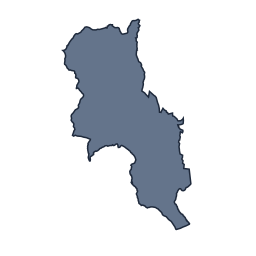 Distracción, La Guajira, Colombia (Natural Earth projection), rotated 353°
{"feature_id": "7082276B35872323079688", "entity_name": "Distracción", "entity_type": "district", "adm_level": 2, "iso_a3": "COL", "parent_name": "Colombia", "parent_adm1": "La Guajira", "projection": "natural_earth1", "projection_center": [-72.95, 10.911], "detail": "fine", "context": "isolated", "style": "filled", "palette": "slate", "viewbox_px": 256, "rotation_deg": 353, "n_neighbors": 0, "source": "geoboundaries", "source_scale": "gbopen_adm2", "svg_char_len": 5834}
<svg xmlns="http://www.w3.org/2000/svg" viewBox="0 0 256 256"><g transform="rotate(353 128 128)"><path d="M151.4,21.4L150.6,21.5L149.5,22.1L147.5,22.3L147.1,22.1L145.8,22.1L145.1,22.4L143.2,24.8L142.9,25.9L141.8,26.8L139.8,29.5L139.5,30.7L139.6,32.5L139.3,33.2L138.5,33.8L134.5,34.2L133.8,34.1L132.9,33.4L132.5,32.2L131.8,30.9L131.8,30.1L131.4,29.0L131.4,28.1L130.8,27.4L130.0,27.0L128.4,27.0L127.0,26.7L125.3,25.0L124.9,24.8L125.1,23.6L124.0,23.5L123.0,23.1L121.6,23.4L120.9,24.3L120.2,24.3L119.8,24.5L119.7,25.4L119.3,26.2L118.1,25.5L117.3,25.9L111.8,26.7L109.8,26.3L108.5,26.7L107.8,26.7L105.1,26.3L103.8,25.5L102.1,23.8L100.4,23.0L99.3,22.6L97.6,22.7L95.6,24.7L93.8,26.0L92.8,27.2L89.5,28.5L88.3,28.1L87.4,28.3L85.8,29.8L84.4,32.0L83.0,33.0L80.2,36.0L79.2,37.6L78.7,37.9L78.4,38.8L77.5,38.9L77.0,40.6L76.5,41.5L75.5,42.5L74.0,43.1L72.8,43.1L73.5,43.9L74.3,45.4L74.7,46.8L74.9,48.5L74.6,50.2L73.8,51.4L73.6,53.6L72.9,56.1L72.9,57.1L73.9,58.0L74.6,59.7L74.9,61.0L75.9,62.2L76.4,63.2L76.6,63.4L77.7,63.3L78.8,64.0L80.9,64.6L81.4,64.7L81.8,65.4L82.0,65.8L81.8,67.1L82.6,67.9L82.7,69.7L82.2,70.9L82.2,71.7L82.5,72.0L84.1,72.7L84.8,74.1L85.0,75.4L84.8,76.4L84.1,77.1L83.6,78.0L82.5,79.3L82.1,81.1L81.7,81.9L81.6,82.5L82.0,82.6L82.8,82.2L83.5,82.5L84.0,83.3L84.5,84.5L85.9,86.3L86.6,87.7L87.8,89.0L87.9,90.0L87.8,90.8L87.5,91.2L86.9,92.0L84.8,93.5L84.0,94.6L83.0,97.3L81.5,99.3L81.4,99.9L81.6,100.9L81.3,101.9L80.1,102.7L77.9,103.6L75.5,106.3L73.7,107.8L73.2,108.7L73.0,109.4L73.2,111.5L72.5,113.4L73.5,115.4L73.9,115.6L74.7,117.2L74.6,118.1L74.0,119.8L74.1,120.2L75.0,121.4L74.9,122.2L75.1,123.0L73.9,124.4L73.3,125.9L72.0,128.5L73.0,129.4L74.9,128.8L76.7,129.8L80.5,130.6L82.9,131.7L85.5,132.5L89.3,134.6L88.8,135.8L87.9,136.6L86.4,138.5L86.5,139.7L86.1,139.9L85.6,141.7L85.6,143.0L85.3,143.6L85.5,144.2L85.4,145.7L85.6,147.1L85.5,147.9L86.0,148.5L85.5,151.0L85.0,152.0L85.0,153.1L85.6,155.5L85.8,156.0L86.2,156.2L86.5,155.9L86.8,154.8L86.8,152.6L87.2,152.0L87.9,151.5L88.7,151.3L89.3,150.7L90.6,150.2L90.8,149.2L90.6,148.6L91.0,148.0L92.9,147.0L93.7,147.2L95.0,146.9L96.7,145.8L97.5,145.0L99.2,144.6L99.8,144.1L101.7,143.7L103.1,142.9L104.7,142.9L105.1,143.0L105.7,143.6L107.7,143.2L110.0,143.4L110.7,142.8L111.7,143.7L112.6,143.5L114.0,142.6L115.2,142.4L115.9,143.7L115.8,144.9L116.0,146.1L116.7,146.2L117.5,146.1L118.8,144.8L119.4,144.5L119.9,144.6L122.4,146.4L123.9,148.0L124.6,148.5L124.8,148.9L125.8,149.6L126.2,150.3L127.4,151.4L127.7,152.5L128.0,152.9L128.6,153.1L129.0,154.2L129.8,154.9L130.7,156.2L131.5,158.1L131.9,160.6L130.3,163.6L127.0,164.5L126.3,165.4L126.8,166.0L127.0,167.0L126.6,167.7L126.1,169.6L125.2,170.2L124.5,171.3L124.5,173.9L124.9,174.4L125.0,175.1L125.6,175.4L125.6,176.0L125.9,177.6L125.8,179.1L125.2,180.1L125.3,181.2L124.5,182.3L124.7,182.6L124.9,183.4L125.4,183.2L125.3,182.7L125.6,182.6L125.7,183.2L125.5,184.2L125.9,185.0L126.9,186.0L127.1,186.5L127.3,186.5L127.9,187.1L128.3,187.5L128.4,188.2L128.9,188.6L129.1,189.0L129.5,189.5L129.3,190.6L129.5,191.2L129.8,191.6L129.8,191.9L129.2,193.1L128.3,194.3L128.4,195.1L128.8,196.1L128.9,197.2L129.1,197.6L128.8,198.3L129.3,199.1L129.4,200.2L129.3,201.5L129.6,202.2L129.7,204.2L131.4,205.7L131.7,206.5L133.4,206.3L134.3,207.0L134.8,207.0L135.1,207.2L135.2,207.6L135.7,207.9L136.1,208.7L137.5,209.7L138.0,209.4L139.5,209.4L140.2,209.2L141.3,209.1L142.7,209.3L145.6,210.2L147.0,211.4L148.0,211.9L148.1,212.3L151.1,216.0L151.7,218.2L152.0,218.6L153.0,219.5L155.2,220.7L157.1,223.7L158.4,225.0L158.9,225.3L159.7,226.3L162.5,231.9L163.1,234.2L163.5,234.6L167.8,233.9L170.4,233.0L173.6,232.2L177.1,231.0L177.4,230.6L177.3,230.2L176.9,230.2L176.6,229.0L175.5,227.8L175.3,227.0L175.1,226.7L174.8,226.9L173.7,223.6L173.2,223.2L172.6,222.1L172.1,221.8L171.8,220.5L170.2,219.6L169.8,218.7L169.5,218.5L169.2,217.9L168.6,217.1L168.3,215.7L167.7,215.0L167.7,214.2L167.3,213.3L167.4,212.5L167.1,211.6L166.6,211.1L166.6,210.3L166.3,209.6L165.4,209.0L164.9,207.2L165.2,206.4L166.5,204.9L166.7,204.4L167.3,202.5L167.8,201.5L168.1,200.1L168.1,199.0L169.3,197.4L169.6,196.6L171.0,195.0L172.0,194.5L172.9,194.8L173.4,195.9L174.1,196.7L175.3,197.0L176.2,196.8L177.2,196.2L178.4,194.2L179.6,194.0L180.4,193.6L183.2,191.6L183.6,191.0L183.7,176.3L178.4,175.0L179.3,171.0L177.9,169.7L178.6,167.1L177.7,165.8L177.8,164.9L178.4,164.0L178.9,161.7L176.5,160.1L176.3,156.9L176.4,155.3L176.3,152.9L177.3,149.7L176.5,148.3L177.1,146.4L177.8,146.3L178.8,143.1L178.4,142.1L179.1,139.9L179.2,138.8L179.6,138.1L181.3,139.4L182.0,138.5L182.1,137.7L182.1,136.9L180.6,136.0L179.7,135.7L179.1,134.4L178.5,134.0L178.3,133.6L178.6,132.8L178.4,132.4L177.9,132.1L177.8,130.9L179.0,131.1L181.2,131.0L182.9,130.6L183.3,130.2L183.9,127.3L184.0,125.1L183.3,126.0L181.2,127.2L178.7,127.1L178.3,126.8L177.7,125.0L175.4,122.3L174.7,121.8L174.0,121.7L173.8,121.1L174.0,118.6L169.7,119.1L169.1,117.4L168.2,117.2L167.9,115.5L166.4,114.7L165.1,112.7L162.8,116.1L162.7,115.8L162.6,116.4L161.2,116.2L161.4,112.4L161.1,108.9L160.5,106.7L159.7,101.2L158.9,99.8L157.9,99.0L153.8,94.3L152.1,99.8L149.8,96.8L148.9,95.3L146.3,93.0L146.7,91.4L147.5,89.7L148.4,87.0L148.6,86.2L148.5,84.4L149.1,83.4L149.3,82.5L150.2,81.3L150.7,79.5L150.8,78.4L150.7,76.8L151.3,75.0L151.3,74.6L150.5,73.3L150.0,71.3L148.7,68.5L148.7,67.8L149.1,67.5L149.1,66.6L148.4,64.7L146.7,63.4L146.1,60.1L145.7,59.3L145.5,57.8L145.2,57.5L145.2,55.7L146.0,52.1L146.7,51.8L146.4,50.9L146.8,50.4L146.7,48.0L147.0,46.8L146.8,46.4L147.1,45.8L147.1,45.1L147.4,44.7L147.6,44.1L147.4,43.4L146.8,42.8L146.8,41.6L147.0,40.7L146.9,40.2L146.6,39.6L147.9,39.4L148.1,39.1L148.5,37.0L148.2,36.2L148.5,34.9L149.0,34.6L149.1,34.1L150.7,32.2L150.6,31.4L150.7,30.9L150.4,29.7L151.1,29.5L152.3,27.9L152.1,27.5L151.7,27.3L150.9,25.8L151.3,24.9L151.8,24.6L152.0,24.2L152.1,23.3L152.6,22.5L152.0,22.2L151.4,21.4Z" fill="#64748b" stroke="#1e293b" stroke-width="1.5"/></g></svg>